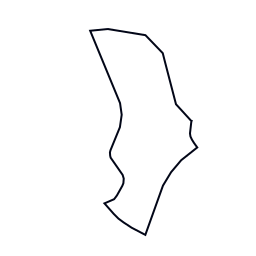 SVG path tracing the border of Hammersmith and Fulham, rotated 202°
{"feature_id": "GBR-2069", "entity_name": "Hammersmith and Fulham", "entity_type": "London Borough", "adm_level": 1, "iso_a3": "GBR", "parent_name": "United Kingdom", "parent_adm1": "", "projection": "orthographic", "projection_center": [-0.218, 51.497], "detail": "fine", "context": "isolated", "style": "outline", "palette": "ink", "viewbox_px": 256, "rotation_deg": 202, "n_neighbors": 0, "source": "natural_earth", "source_scale": "10m", "svg_char_len": 579}
<svg xmlns="http://www.w3.org/2000/svg" viewBox="0 0 256 256"><g transform="rotate(202 128 128)"><path d="M146.6,220.6L123.8,210.4L118.6,203.3L92.4,168.0L72.1,158.3L71.7,158.4L71.5,157.0L68.5,146.2L66.9,143.5L64.4,141.2L61.4,139.0L56.5,135.9L66.6,118.1L71.5,103.2L74.0,87.7L71.9,35.4L87.2,36.9L96.7,38.8L102.9,40.4L109.0,43.0L121.6,49.3L114.2,56.8L113.0,61.3L111.6,72.3L111.6,75.1L113.0,79.5L115.4,82.5L133.0,94.0L134.2,95.7L135.6,98.6L135.9,100.8L135.8,125.7L138.8,137.9L144.7,148.1L199.5,204.0L183.8,212.2L146.6,220.6Z" fill="none" stroke="#020617" stroke-width="2"/></g></svg>